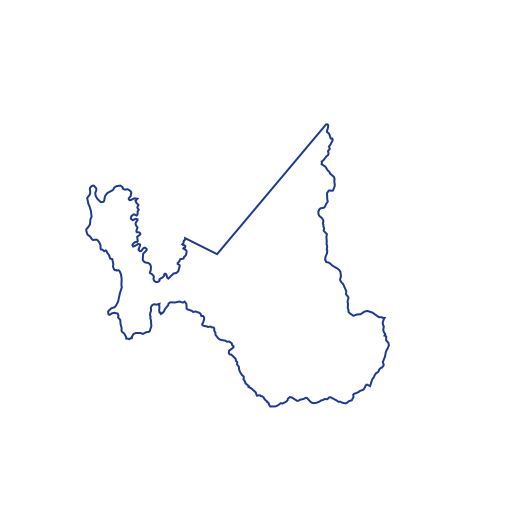 Talamanca, Limón, Costa Rica (Natural Earth projection), rotated 220°
{"feature_id": "36466004B17277375937001", "entity_name": "Talamanca", "entity_type": "district", "adm_level": 2, "iso_a3": "CRI", "parent_name": "Costa Rica", "parent_adm1": "Limón", "projection": "natural_earth1", "projection_center": [-83.039, 9.422], "detail": "fine", "context": "isolated", "style": "outline", "palette": "blue", "viewbox_px": 512, "rotation_deg": 220, "n_neighbors": 0, "source": "geoboundaries", "source_scale": "gbopen_adm2", "svg_char_len": 6129}
<svg xmlns="http://www.w3.org/2000/svg" viewBox="0 0 512 512"><g transform="rotate(220 256 256)"><path d="M273.0,395.0L273.8,394.2L274.4,394.1L278.6,396.7L281.4,396.6L281.9,397.2L283.5,400.9L284.8,402.7L286.0,402.7L286.9,401.8L287.0,232.4L321.8,224.1L320.8,222.9L321.1,221.3L319.9,219.4L320.0,217.5L318.9,217.5L317.8,218.2L316.4,218.1L315.8,216.8L316.6,215.7L316.5,215.0L313.3,215.5L312.3,215.1L311.3,213.9L310.2,211.4L310.5,208.9L309.9,207.4L312.0,204.8L311.3,202.6L311.5,200.2L310.9,199.6L308.9,199.9L308.1,199.4L305.8,194.6L306.0,192.0L307.9,189.5L308.6,182.4L310.1,182.4L313.0,184.3L314.0,184.2L314.5,183.8L314.5,182.9L313.7,182.1L313.7,179.6L315.0,176.2L314.1,175.1L314.1,173.9L315.3,172.2L316.4,171.6L318.2,171.6L319.8,172.5L320.8,174.4L322.2,175.0L323.8,175.2L326.3,174.8L326.9,175.3L327.3,177.1L329.3,180.0L331.7,181.6L334.2,181.4L335.8,180.3L337.4,179.7L339.1,179.8L340.3,180.3L343.9,185.2L343.5,189.9L344.1,191.0L345.9,191.1L346.9,190.6L347.3,189.6L347.2,186.0L348.1,185.0L350.1,185.3L351.5,189.3L352.2,190.3L354.1,189.5L354.9,186.7L356.1,184.3L357.6,184.8L358.0,185.7L357.9,187.6L357.3,189.2L356.1,190.5L356.1,191.3L359.4,194.4L358.6,197.5L358.7,198.6L359.4,199.0L360.6,199.0L362.7,197.6L363.4,197.9L364.2,199.3L365.1,201.7L367.6,202.3L369.0,203.3L369.5,204.3L369.8,207.4L370.3,207.9L371.9,207.3L373.5,204.2L375.9,204.1L377.0,206.1L376.7,208.7L376.2,209.5L373.4,210.3L373.5,211.7L375.4,214.2L375.6,216.1L377.7,216.6L378.3,217.1L378.8,219.5L381.5,219.8L383.8,220.8L383.7,223.6L386.2,222.0L387.9,218.4L388.6,217.5L389.9,217.7L390.5,218.3L390.6,221.6L392.3,224.4L393.5,225.0L396.0,224.9L397.4,224.5L399.2,222.5L400.4,222.1L401.4,222.1L402.2,222.9L405.1,222.8L407.8,219.8L408.6,217.4L408.2,215.9L408.1,214.2L410.3,208.9L410.3,206.1L409.9,204.4L407.7,200.5L407.8,199.2L409.5,197.5L414.2,197.8L417.6,199.0L419.8,201.2L420.7,203.9L421.9,205.1L425.2,205.7L425.9,205.4L426.9,203.9L427.0,201.8L426.4,200.5L424.9,199.3L423.3,197.4L422.8,196.1L422.6,191.9L417.9,188.2L415.4,187.0L411.3,184.3L407.2,180.4L406.5,177.9L403.5,173.4L403.1,170.3L403.2,167.4L402.5,166.5L399.8,164.6L398.5,164.1L395.6,164.3L392.5,163.4L391.2,163.5L388.6,166.1L387.0,166.2L384.8,165.7L382.0,164.3L379.7,161.6L379.1,161.4L377.7,162.1L375.3,162.1L374.7,163.7L373.7,163.7L372.0,162.8L369.2,162.2L366.0,160.3L364.1,161.2L360.0,158.0L358.9,156.1L356.1,154.4L354.9,154.5L354.1,155.3L353.2,155.4L352.4,156.6L351.8,156.8L350.5,156.6L347.7,155.2L344.1,152.0L340.4,147.2L338.7,145.8L336.2,139.7L332.3,132.4L331.4,128.2L331.4,125.8L333.2,123.0L333.6,119.8L333.6,118.4L332.4,117.2L331.4,116.5L330.7,116.6L330.1,117.3L329.5,119.5L328.1,121.4L324.9,123.0L323.2,122.1L322.3,120.4L318.8,119.7L316.1,116.9L312.5,114.3L311.2,112.5L309.9,111.8L307.1,111.9L303.8,110.6L302.2,109.3L301.2,110.3L299.7,110.7L299.2,112.3L298.3,113.2L298.4,113.7L299.1,113.8L299.7,117.5L298.6,119.7L294.9,122.8L292.6,123.6L291.0,127.2L289.4,128.9L289.1,130.0L291.0,134.9L295.1,139.2L297.1,140.5L297.8,141.8L299.2,142.6L300.4,144.4L301.2,146.6L303.4,148.9L304.0,151.2L303.2,153.4L300.9,154.8L299.2,157.3L298.4,155.8L297.0,154.7L295.4,152.3L293.7,150.7L293.2,150.7L292.6,151.3L291.6,150.5L291.0,151.9L290.9,154.2L291.7,157.4L291.6,161.5L292.4,163.5L291.9,165.4L288.1,168.4L285.3,172.0L283.5,172.6L281.9,173.5L281.4,175.2L278.4,174.5L275.4,171.1L274.3,171.0L270.0,172.7L268.2,172.7L266.7,174.6L262.9,176.1L261.2,176.0L259.2,174.9L258.1,176.0L256.6,175.7L255.4,174.8L254.0,171.7L253.3,168.9L252.3,168.6L250.5,169.1L248.6,170.5L247.2,170.6L245.9,172.3L245.1,172.9L244.2,172.9L242.4,174.0L241.5,173.7L240.0,172.0L237.7,171.1L236.4,169.6L231.8,168.6L229.5,168.9L225.2,171.4L223.3,171.6L221.4,173.3L218.4,173.5L217.2,172.5L215.2,172.4L214.6,171.7L214.9,169.3L215.8,166.2L214.3,164.0L212.8,163.7L211.6,164.6L205.4,164.1L204.0,162.8L202.2,162.7L200.9,160.8L197.9,160.1L196.0,158.2L193.4,156.8L190.4,155.8L188.0,155.8L186.8,154.5L186.4,153.5L184.9,153.2L182.7,152.3L182.2,151.7L177.7,151.7L177.6,150.9L174.5,151.6L168.7,151.4L165.5,149.6L163.6,151.8L162.0,151.8L161.0,152.5L159.6,152.6L156.8,151.7L154.1,151.7L153.4,151.2L152.3,151.6L149.4,150.1L148.3,149.9L144.3,153.4L143.2,155.7L142.4,159.2L141.0,159.9L139.9,162.1L139.1,164.6L139.1,165.8L139.8,167.0L139.4,169.7L137.7,170.6L131.3,171.5L130.3,172.7L129.8,174.4L127.7,177.0L126.8,179.2L125.8,180.0L120.2,179.3L118.3,179.7L116.8,180.7L115.0,182.9L113.7,185.5L113.3,187.2L112.2,188.6L111.5,190.5L109.3,192.2L109.1,194.7L108.2,195.7L101.6,197.1L99.1,197.3L98.0,198.4L95.3,199.2L92.6,200.7L91.8,202.6L91.5,204.6L89.9,207.0L90.7,210.8L92.3,212.1L92.4,213.4L91.1,215.3L90.0,217.7L89.7,219.3L87.8,222.6L88.1,225.4L88.7,226.9L88.7,228.4L88.3,228.8L85.0,229.7L87.7,236.3L87.8,238.8L88.6,241.7L88.6,243.7L87.9,245.5L88.1,247.1L88.7,248.2L88.5,250.3L87.8,251.4L87.8,253.7L88.5,255.0L90.7,256.3L92.5,261.8L94.8,265.9L95.6,268.4L95.5,269.2L96.8,273.0L98.8,274.6L102.2,275.1L104.4,277.9L105.2,278.1L106.4,277.6L106.8,279.3L108.6,279.7L110.5,280.7L111.7,282.2L112.7,284.1L114.6,285.0L116.1,286.4L117.6,290.0L117.7,291.2L119.0,290.2L120.3,289.9L122.6,288.1L130.3,287.5L135.2,285.6L136.7,283.8L137.5,282.2L138.4,278.7L141.2,275.9L143.0,272.8L147.6,272.4L149.3,272.7L150.5,274.1L152.3,275.2L154.7,278.4L156.5,279.8L158.2,283.3L159.3,284.0L162.4,284.5L164.3,287.1L171.2,290.5L173.6,290.7L176.0,291.6L176.8,292.6L177.8,295.0L181.1,298.1L183.0,298.7L184.8,298.8L191.4,297.7L194.5,297.9L196.3,297.6L198.3,296.5L199.8,297.4L200.5,297.4L202.2,300.0L203.4,303.8L204.9,306.0L206.0,306.5L207.5,309.0L209.7,310.6L211.2,312.7L214.3,315.8L215.7,318.3L220.2,318.8L221.0,319.6L221.3,320.7L221.8,321.1L223.3,321.9L224.4,323.2L225.6,323.7L226.5,325.7L227.6,326.7L229.5,327.4L233.3,327.4L234.9,328.1L236.8,330.0L237.0,331.3L237.5,332.1L237.2,334.0L234.9,336.9L234.9,338.0L235.7,340.8L236.0,343.8L237.8,345.2L242.0,349.8L242.3,352.8L241.9,353.5L240.4,354.2L239.1,355.7L240.5,359.8L241.5,361.3L243.8,363.3L245.4,365.6L247.2,366.7L252.2,366.7L253.6,367.5L256.3,367.7L260.1,369.0L264.8,368.5L265.4,369.8L266.4,370.5L265.9,372.7L266.1,377.6L265.7,379.7L266.2,381.0L268.3,382.7L268.3,385.4L270.5,386.8L270.5,388.8L271.7,394.0L273.0,395.0Z" fill="none" stroke="#1e3a8a" stroke-width="2"/></g></svg>